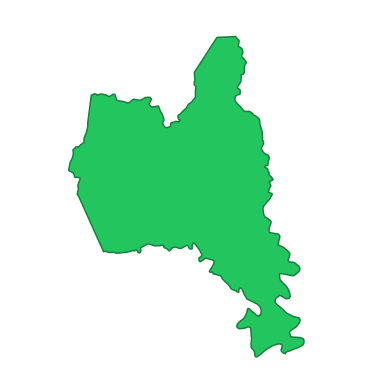 Humuya, Comayagua, Honduras (Albers equal-area conic projection), rotated 95°
{"feature_id": "27666195B63492556097189", "entity_name": "Humuya", "entity_type": "district", "adm_level": 2, "iso_a3": "HND", "parent_name": "Honduras", "parent_adm1": "Comayagua", "projection": "albers", "projection_center": [-87.701, 14.223], "detail": "fine", "context": "isolated", "style": "filled", "palette": "green", "viewbox_px": 384, "rotation_deg": 95, "n_neighbors": 0, "source": "geoboundaries", "source_scale": "gbopen_adm2", "svg_char_len": 6010}
<svg xmlns="http://www.w3.org/2000/svg" viewBox="0 0 384 384"><g transform="rotate(95 192 192)"><path d="M259.1,274.9L258.6,272.1L259.2,270.7L259.5,268.7L258.8,264.9L259.0,263.8L259.5,262.7L259.4,260.3L257.6,251.6L256.4,248.0L255.3,245.2L255.7,244.1L254.9,243.3L254.6,242.3L255.2,241.4L256.9,240.4L257.2,239.7L257.2,239.1L256.7,238.3L255.8,237.9L254.9,237.8L252.4,238.3L251.8,238.0L251.2,237.3L247.3,230.8L248.5,226.1L248.9,224.0L248.2,219.2L247.6,217.8L247.7,215.9L247.9,215.5L248.9,215.4L249.8,215.0L250.6,212.2L252.7,209.5L252.4,209.0L249.4,206.8L248.7,205.6L248.3,203.6L249.2,199.7L249.2,198.3L248.9,197.5L245.8,192.9L245.6,192.2L245.6,191.8L246.1,191.2L247.9,190.2L248.7,189.5L248.9,188.5L248.7,187.2L248.2,186.9L245.0,187.2L243.9,187.0L243.0,186.4L243.0,185.2L244.2,183.7L248.6,179.9L250.5,178.5L254.1,176.5L254.6,176.6L256.9,179.0L257.4,179.3L259.0,179.2L260.4,178.5L260.7,177.7L260.6,177.0L259.5,176.2L258.4,174.7L257.2,173.8L256.6,172.7L258.1,165.2L258.7,164.2L259.9,163.9L261.4,164.1L264.1,165.1L268.7,167.5L269.7,167.7L270.2,167.4L270.4,166.5L269.8,165.0L271.7,163.7L272.7,157.2L273.1,156.2L274.0,155.1L275.9,154.2L279.3,150.1L280.9,147.9L282.8,146.2L284.8,144.8L285.6,143.4L286.9,139.1L287.8,137.6L287.9,136.8L287.6,136.6L285.4,136.9L284.8,136.7L283.5,135.7L283.4,135.2L283.6,134.7L284.1,134.0L285.5,133.0L289.0,131.4L293.9,127.7L297.9,117.4L299.3,115.4L301.0,113.9L303.2,112.9L306.5,112.6L307.4,112.8L308.7,113.6L309.4,114.1L309.7,114.8L309.6,115.8L309.0,117.3L307.8,118.7L305.8,121.9L303.5,124.6L303.2,125.4L303.4,126.1L304.2,126.6L306.5,126.8L309.7,127.6L312.5,128.8L314.1,130.0L316.2,132.5L318.1,134.1L319.9,135.4L321.1,135.6L322.3,135.5L323.0,135.1L323.7,134.0L324.1,132.7L323.2,128.1L322.0,125.5L321.5,123.9L321.6,122.9L322.1,122.1L323.3,121.5L331.0,120.3L331.5,119.9L337.9,119.9L341.0,119.6L342.5,118.8L343.6,117.4L345.5,116.0L346.4,115.6L349.7,115.0L350.4,114.5L350.7,113.5L350.3,112.4L348.4,110.3L344.0,106.0L341.8,103.5L337.7,97.6L336.3,94.3L335.7,91.9L335.8,90.1L336.0,89.3L336.8,88.9L337.9,88.8L339.7,89.0L341.3,89.5L342.1,89.4L343.3,88.6L344.3,87.3L344.7,86.4L344.9,85.0L343.7,84.8L343.5,84.1L342.8,83.5L341.5,80.0L340.5,78.6L338.0,73.3L335.2,68.7L334.3,67.9L333.1,67.5L331.0,67.3L329.4,67.8L328.5,68.5L328.0,69.9L327.6,72.0L327.7,79.6L327.6,80.4L326.8,81.4L323.9,82.4L322.9,82.6L322.3,82.2L320.2,80.3L317.7,76.8L313.2,73.8L311.9,73.3L310.5,73.2L309.6,73.3L308.5,73.9L308.0,74.5L307.3,79.7L304.4,87.0L302.8,89.3L300.7,91.6L296.2,98.2L295.2,99.1L294.0,99.7L292.5,99.7L290.9,99.2L289.6,98.3L288.5,96.6L287.3,96.1L287.6,94.5L289.8,89.7L290.1,88.4L289.9,87.1L289.4,86.1L288.6,85.4L287.6,85.1L285.7,85.4L283.1,86.3L279.6,88.2L277.9,89.7L272.6,95.8L271.5,96.7L269.7,97.2L265.9,97.6L265.6,96.9L265.5,95.5L265.8,92.3L266.6,85.8L266.5,83.4L265.6,82.2L262.3,78.8L260.4,77.9L258.9,77.9L257.6,78.4L256.5,79.2L253.9,83.0L253.1,85.4L253.2,88.6L252.9,89.5L252.5,90.0L251.3,90.4L248.7,89.6L246.8,89.3L245.1,89.1L244.3,89.4L243.2,90.4L239.0,96.2L237.5,100.9L237.2,101.5L235.8,101.7L229.3,100.6L227.9,100.8L227.1,101.5L226.3,103.1L225.7,110.6L225.2,111.6L224.1,112.0L222.7,112.0L220.7,111.8L216.3,110.7L214.5,110.7L213.4,111.6L210.5,116.9L209.3,117.9L207.9,118.7L202.4,119.9L200.7,119.7L199.3,119.1L194.8,116.0L193.1,114.5L187.7,112.0L187.0,112.0L186.6,112.2L185.7,115.3L185.3,115.7L184.7,115.9L181.1,114.9L178.9,114.0L177.0,115.0L174.8,115.8L174.3,115.1L173.3,112.9L172.8,112.5L172.3,112.4L171.1,113.4L167.9,116.7L167.1,116.9L165.8,116.9L165.4,117.2L165.0,118.0L163.6,118.2L162.1,118.9L161.0,121.5L160.6,121.9L160.1,121.8L159.7,121.5L159.2,119.7L158.7,118.8L157.2,118.7L155.5,118.8L152.8,118.1L151.2,118.0L149.8,118.6L148.5,119.7L148.1,120.5L147.8,122.2L146.3,124.3L144.4,125.7L142.5,126.7L141.8,126.8L138.1,125.0L136.6,125.0L135.4,125.3L133.6,126.4L130.1,126.6L126.1,127.4L123.8,128.1L119.9,129.8L118.1,130.3L115.7,130.6L113.8,131.3L112.8,132.0L112.0,133.1L111.0,134.8L110.0,137.2L108.1,139.0L107.2,140.7L106.7,142.2L107.1,145.9L106.9,147.2L102.6,151.4L99.9,154.9L98.0,156.5L96.7,157.3L94.5,157.4L92.5,156.8L91.3,155.4L90.7,153.1L89.9,152.7L88.8,152.6L86.1,153.0L84.3,155.6L83.6,155.8L82.1,155.3L79.6,153.8L77.9,153.0L74.2,152.9L71.3,153.2L70.7,152.7L70.3,151.4L69.5,150.8L68.6,150.4L67.5,150.3L63.8,150.7L62.2,150.6L60.2,150.1L59.1,149.4L58.2,149.2L57.2,149.7L54.9,151.8L53.7,153.5L52.9,154.1L52.1,154.4L51.2,154.3L48.4,153.4L44.8,154.8L43.9,155.9L43.6,157.5L42.8,158.4L41.9,158.7L38.1,158.2L37.0,158.4L36.5,158.7L35.1,160.9L33.9,161.9L33.3,162.0L35.8,180.6L72.7,200.1L80.9,198.8L82.5,199.4L83.9,199.4L85.0,199.0L86.2,197.7L87.1,197.2L91.1,197.4L96.3,196.9L97.6,197.0L102.5,200.4L103.6,201.5L104.9,203.2L106.5,204.0L108.2,204.6L109.1,205.1L112.4,208.3L115.4,210.5L116.1,211.8L116.9,212.5L118.2,212.6L120.0,212.0L121.1,211.2L121.5,210.0L122.1,209.9L123.2,211.5L123.1,214.6L123.8,215.7L124.9,218.8L125.3,219.2L125.9,219.4L127.1,219.1L128.3,219.1L128.9,219.7L129.9,222.2L130.2,223.6L129.8,224.6L128.9,225.5L126.0,227.4L125.2,227.3L124.2,226.6L123.7,226.7L122.9,226.2L121.0,226.7L116.3,228.9L114.9,230.1L113.2,231.1L110.0,232.5L109.4,233.1L109.3,233.7L110.5,237.0L110.7,238.8L110.4,240.2L109.8,241.1L108.7,242.0L107.6,242.3L103.9,240.7L103.0,240.5L102.3,241.1L101.4,242.3L101.5,244.0L102.0,246.9L104.6,250.5L105.1,251.5L105.1,253.6L104.7,258.3L105.1,258.9L108.3,262.1L108.6,262.7L108.8,263.7L108.7,264.9L107.9,268.1L107.7,270.5L107.7,273.2L107.3,274.5L106.5,275.3L102.0,277.0L101.5,277.5L101.3,278.0L101.5,279.0L104.2,282.8L103.8,284.2L102.6,286.9L102.3,291.4L103.7,295.0L102.8,296.2L102.7,297.8L104.4,300.8L132.7,301.9L133.1,301.6L137.4,301.7L142.5,302.6L147.5,304.2L151.7,304.0L152.8,304.8L154.8,307.2L156.5,308.4L156.9,309.3L157.3,311.8L159.0,312.8L160.3,314.2L164.4,313.6L166.5,313.8L169.1,314.3L171.5,315.4L173.9,316.1L181.0,316.7L181.7,316.2L182.3,313.9L183.7,311.7L184.8,311.0L186.9,310.4L187.6,309.8L187.4,305.9L187.5,305.2L187.9,304.8L189.2,304.7L194.8,306.3L199.4,305.4L202.2,306.0L203.8,306.1L204.5,305.9L206.1,304.6L259.1,274.9Z" fill="#22c55e" stroke="#15803d" stroke-width="1.5"/></g></svg>